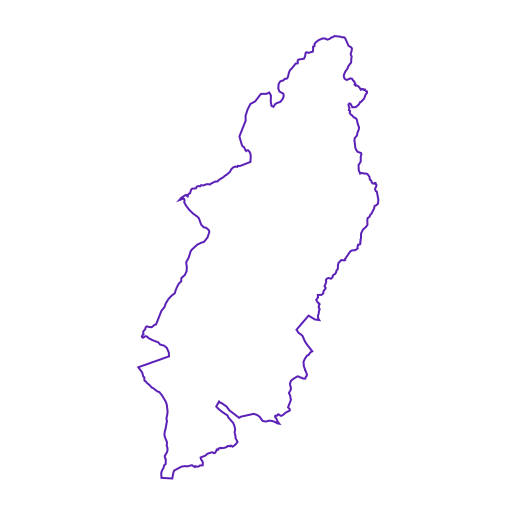 outline of Tatatila, Veracruz, Mexico, rotated 344°
{"feature_id": "50627088B81472042875612", "entity_name": "Tatatila", "entity_type": "district", "adm_level": 2, "iso_a3": "MEX", "parent_name": "Mexico", "parent_adm1": "Veracruz", "projection": "natural_earth1", "projection_center": [-97.084, 19.713], "detail": "fine", "context": "isolated", "style": "outline", "palette": "violet", "viewbox_px": 512, "rotation_deg": 344, "n_neighbors": 0, "source": "geoboundaries", "source_scale": "gbopen_adm2", "svg_char_len": 6113}
<svg xmlns="http://www.w3.org/2000/svg" viewBox="0 0 512 512"><g transform="rotate(344 256 256)"><path d="M197.7,181.1L202.2,180.8L202.6,181.3L202.7,182.8L201.8,184.5L202.6,188.2L204.6,193.4L207.5,198.3L210.2,201.6L211.5,203.9L211.9,210.3L212.4,211.8L213.9,214.2L215.5,214.9L216.6,216.2L217.9,218.5L217.7,220.2L214.5,224.8L209.9,228.1L207.3,228.1L202.7,228.9L196.4,232.0L194.7,233.2L190.7,239.2L187.1,242.8L186.5,247.4L185.1,251.5L182.3,254.7L178.2,256.6L177.1,259.8L174.2,261.3L171.8,263.7L169.3,266.8L167.7,269.4L163.9,270.9L159.9,273.3L156.2,276.7L153.8,280.0L150.1,282.5L141.1,294.2L139.6,294.2L136.1,295.7L133.6,294.8L132.3,293.8L131.0,293.6L129.8,294.8L129.3,295.9L127.4,297.0L126.6,298.0L126.2,300.3L125.4,300.6L124.1,301.9L124.2,302.8L124.8,303.4L127.4,302.6L129.1,303.4L130.0,305.2L133.1,308.2L138.3,312.1L139.4,314.7L142.9,316.8L144.9,319.6L145.6,324.7L144.7,328.5L112.2,330.5L114.5,336.7L114.4,340.7L115.2,341.9L114.6,343.9L114.5,345.3L115.5,346.2L116.2,348.0L118.1,350.8L119.6,353.8L120.7,354.6L123.7,358.8L125.6,360.2L127.2,364.0L129.0,370.7L129.3,373.9L128.2,380.9L126.9,384.2L125.2,387.2L124.8,390.4L121.4,397.2L119.7,400.0L118.7,402.6L118.5,405.3L119.1,409.7L118.8,411.4L117.9,413.7L118.0,415.6L117.6,417.8L116.4,420.0L113.1,423.1L112.9,425.2L113.3,426.4L111.8,431.1L110.0,431.9L108.6,434.3L106.5,436.3L105.0,438.7L104.0,443.2L114.2,446.8L116.9,441.4L118.2,439.7L126.4,437.9L130.4,438.5L131.7,439.3L136.7,439.4L139.0,442.0L139.8,441.3L140.7,442.1L143.0,442.5L144.4,441.9L147.1,442.5L148.0,439.8L147.8,438.2L147.1,436.2L147.2,434.4L152.4,433.9L154.8,432.7L159.3,432.5L160.7,433.2L161.2,434.0L162.1,434.1L164.1,432.5L164.9,431.2L166.1,431.8L166.9,430.7L168.0,431.0L168.6,430.6L169.4,430.7L170.0,431.3L173.1,431.7L175.9,431.3L176.4,430.8L178.8,431.8L179.2,431.3L179.9,431.5L180.9,432.8L183.6,431.9L185.2,431.0L187.0,429.5L186.1,425.3L186.6,423.8L186.8,419.6L188.2,417.0L188.4,412.8L188.0,410.1L184.9,403.5L184.7,401.4L180.4,396.4L177.6,392.4L176.3,389.7L180.4,385.7L181.2,387.3L182.0,387.5L186.1,392.4L188.0,397.2L195.2,406.9L197.1,406.3L210.3,407.1L213.1,409.0L215.1,411.4L216.8,416.2L218.4,417.2L220.3,417.9L223.3,417.9L225.1,418.6L227.4,419.9L230.8,423.0L232.1,423.6L231.0,420.8L230.8,418.2L230.0,415.9L230.3,415.1L230.8,414.8L232.2,415.3L233.7,414.2L235.7,416.4L236.4,416.6L238.4,416.1L241.4,414.7L245.4,414.0L246.1,413.5L246.2,412.6L245.1,410.3L250.0,403.8L249.9,402.7L250.4,399.9L249.9,396.7L252.6,394.1L253.2,392.5L253.2,389.4L253.6,388.0L255.0,385.7L257.7,384.5L261.8,383.3L262.9,383.2L263.9,383.7L264.8,384.8L266.0,385.4L267.0,386.4L268.5,387.2L269.6,387.4L270.6,385.8L271.5,385.4L272.3,384.2L272.1,380.4L271.6,379.2L271.9,378.7L271.6,375.3L272.5,370.8L274.8,368.1L277.7,365.7L279.0,365.8L281.6,363.7L283.8,363.1L280.7,355.4L279.5,351.7L278.7,345.7L277.6,343.9L275.7,341.6L274.6,338.0L290.1,327.8L295.1,333.2L299.1,335.0L298.6,333.1L299.1,330.5L300.3,328.8L301.4,326.1L302.6,324.6L302.0,322.7L302.6,321.9L302.9,320.5L303.8,320.0L303.8,319.1L303.0,318.4L302.4,317.3L301.8,314.8L304.2,312.9L304.7,310.5L308.2,311.4L310.4,310.5L310.8,309.1L311.8,307.8L313.8,306.6L314.2,305.7L313.5,303.9L315.3,301.8L316.4,300.2L316.5,298.6L317.6,297.4L319.6,297.1L321.8,298.5L323.8,297.5L324.1,296.4L325.3,295.5L327.0,295.1L328.5,293.8L329.2,292.3L331.0,291.1L332.5,286.9L333.5,285.3L336.9,283.4L339.7,284.6L340.7,284.4L340.7,283.5L348.0,277.5L350.0,277.1L352.7,277.7L354.6,277.3L356.0,276.5L356.1,275.0L357.4,273.2L358.9,273.6L359.8,272.8L360.0,271.2L360.6,270.8L360.9,269.1L361.7,268.2L363.2,263.3L366.1,260.1L369.5,258.5L371.7,256.8L373.0,251.9L373.8,250.3L375.8,249.7L377.3,247.8L378.3,247.5L382.6,242.9L383.8,240.6L385.4,240.4L387.6,239.4L389.1,235.9L389.9,227.5L389.1,226.7L388.8,225.0L389.4,223.5L390.6,222.5L391.4,220.8L390.9,219.9L391.1,218.8L390.4,218.4L389.4,219.0L388.0,218.3L387.5,216.6L387.5,215.2L386.5,213.9L386.9,211.4L385.8,208.0L384.6,207.1L383.6,206.9L380.0,205.2L378.8,205.5L378.4,201.7L379.7,196.8L382.7,194.1L384.2,189.0L385.3,187.6L385.3,185.9L382.3,183.8L381.4,180.9L381.4,178.6L382.0,175.6L382.3,172.6L383.3,170.0L386.3,168.0L387.5,165.5L389.7,162.7L390.5,160.6L390.2,156.8L390.5,152.6L389.7,150.8L388.2,149.7L387.3,147.6L386.0,146.0L385.5,144.2L386.4,142.6L385.5,141.3L386.6,139.6L386.4,138.0L386.6,135.9L387.8,135.1L388.8,135.7L389.6,139.6L393.0,140.4L396.8,138.6L398.6,136.7L399.5,136.8L403.4,134.4L405.9,131.0L407.8,129.7L408.0,128.4L407.2,128.0L406.5,125.9L405.7,126.2L404.9,125.8L404.9,125.1L403.7,124.6L402.6,125.0L401.9,122.6L401.0,120.9L399.6,119.8L398.8,119.8L398.1,118.5L398.9,118.2L399.0,117.5L398.6,117.0L398.6,115.2L398.0,114.7L397.1,112.0L395.7,111.3L391.8,111.8L390.5,110.7L389.9,109.2L389.9,107.9L390.2,106.4L392.8,103.2L395.7,101.0L396.6,99.5L399.0,97.5L400.4,96.6L401.1,95.4L402.1,92.2L402.8,91.1L402.9,90.1L402.6,88.9L402.8,87.7L404.4,85.3L405.4,83.1L405.1,81.8L402.9,79.4L401.7,71.1L400.7,69.9L399.1,69.6L397.7,68.5L392.1,66.2L390.2,66.8L388.9,66.7L386.6,67.6L384.3,67.7L382.2,65.8L380.6,65.6L380.2,65.2L376.0,65.7L372.5,67.0L370.7,68.3L370.2,70.1L369.9,70.5L368.7,70.4L368.3,70.9L368.1,72.4L367.0,75.2L362.4,75.2L360.8,74.0L359.7,74.4L358.1,77.8L356.4,79.6L351.1,78.9L350.0,79.5L349.2,82.3L347.1,82.0L342.4,85.4L340.1,86.6L338.3,88.6L336.0,92.8L334.5,94.0L332.4,93.7L330.5,94.8L328.3,94.7L327.1,95.1L325.0,97.2L323.6,101.2L323.9,104.4L327.0,107.5L326.8,109.7L325.4,111.9L323.5,113.5L321.6,114.6L318.3,114.7L316.1,115.4L313.9,117.4L312.3,116.1L312.7,111.8L314.6,105.8L313.8,102.5L310.6,103.0L305.5,101.5L297.7,107.2L292.5,108.3L288.1,113.1L284.6,118.4L283.4,123.0L273.0,136.5L273.0,144.6L273.3,146.8L274.5,148.2L275.0,151.2L275.5,152.4L276.4,151.9L277.5,152.2L278.5,154.0L278.8,156.1L278.5,158.5L276.6,164.0L265.2,165.1L263.5,164.3L262.6,165.2L260.8,164.3L258.3,164.6L256.2,165.8L254.0,168.0L249.9,169.9L248.4,170.2L246.5,171.2L241.3,172.6L239.7,173.7L237.4,173.2L232.6,174.0L231.8,174.6L228.7,173.4L224.7,173.6L222.6,172.8L221.5,173.6L219.9,172.9L218.2,173.0L216.9,174.4L213.2,173.7L211.8,174.5L209.8,177.6L208.7,177.6L207.8,178.1L206.8,180.0L206.3,179.7L206.0,178.5L205.4,177.9L200.3,179.4L197.7,181.1Z" fill="none" stroke="#5b21b6" stroke-width="2"/></g></svg>